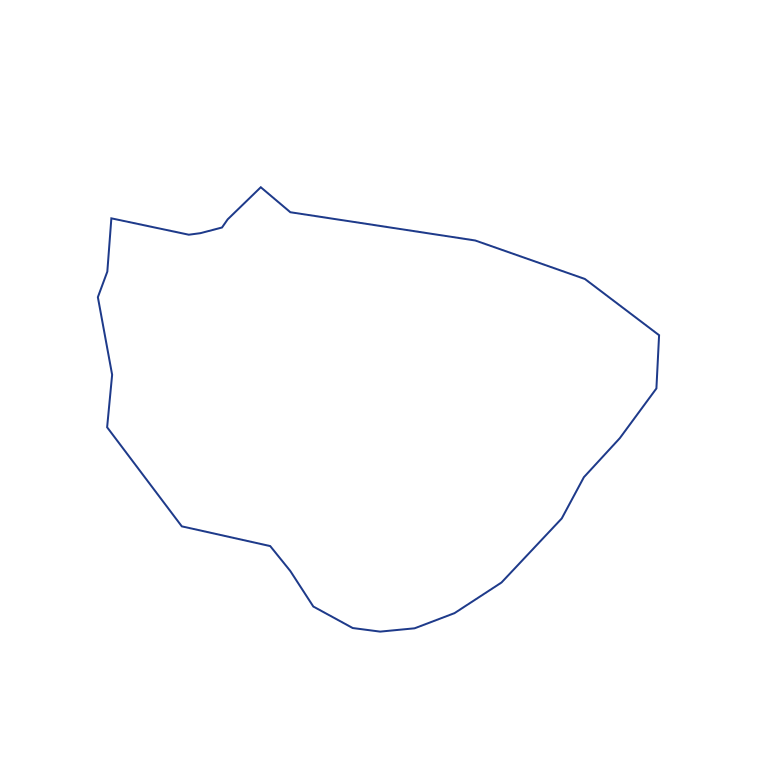 map outline of Vipava (Equal Earth projection), rotated 162°
{"feature_id": "SVN-1035", "entity_name": "Vipava", "entity_type": "Municipality", "adm_level": 1, "iso_a3": "SVN", "parent_name": "Slovenia", "parent_adm1": "", "projection": "equal_earth", "projection_center": [13.989, 45.819], "detail": "fine", "context": "isolated", "style": "outline", "palette": "blue", "viewbox_px": 768, "rotation_deg": 162, "n_neighbors": 0, "source": "natural_earth", "source_scale": "10m", "svg_char_len": 502}
<svg xmlns="http://www.w3.org/2000/svg" viewBox="0 0 768 768"><g transform="rotate(162 384 384)"><path d="M620.3,311.1L660.7,428.4L639.7,476.8L629.3,555.0L612.4,576.4L592.1,625.8L523.5,586.3L512.1,584.2L489.7,582.9L481.8,588.9L440.4,609.2L420.0,576.3L252.9,492.3L160.5,421.8L107.3,345.4L126.3,295.6L176.5,259.6L222.7,233.6L256.5,201.2L333.6,158.9L387.7,144.3L430.4,142.2L464.2,149.7L489.2,161.6L520.0,194.2L530.9,235.1L542.3,265.0L620.3,311.1Z" fill="none" stroke="#1e3a8a" stroke-width="2"/></g></svg>